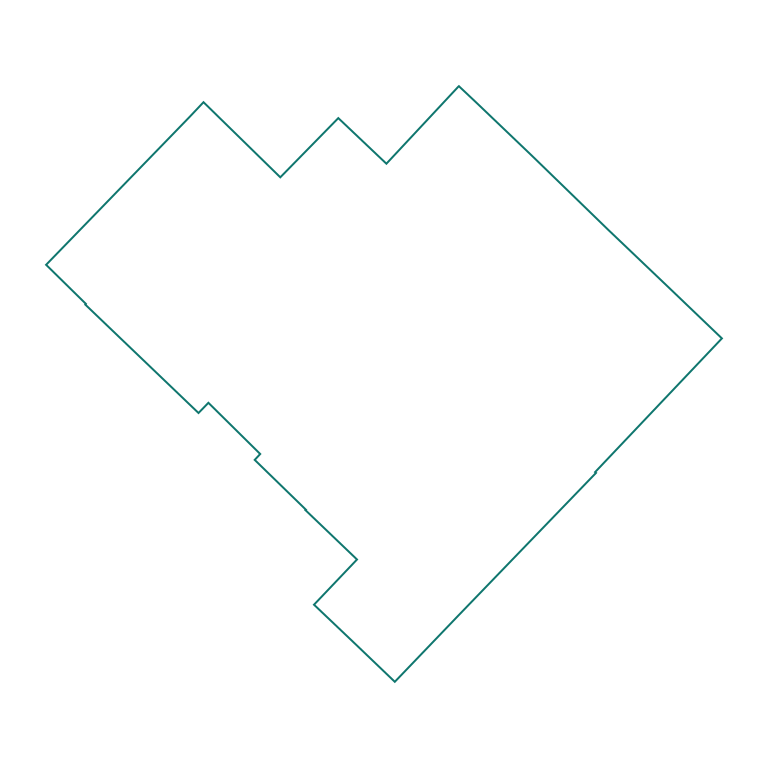 outline of 9 de Julio, Buenos Aires, Argentina
{"feature_id": "61730980B74686542739453", "entity_name": "9 de Julio", "entity_type": "district", "adm_level": 2, "iso_a3": "ARG", "parent_name": "Argentina", "parent_adm1": "Buenos Aires", "projection": "albers", "projection_center": [-61.024, -35.536], "detail": "fine", "context": "isolated", "style": "outline", "palette": "teal", "viewbox_px": 768, "rotation_deg": 0, "n_neighbors": 0, "source": "geoboundaries", "source_scale": "gbopen_adm2", "svg_char_len": 470}
<svg xmlns="http://www.w3.org/2000/svg" viewBox="0 0 768 768"><path d="M354.6,643.3L394.8,681.8L458.2,615.7L596.0,472.9L595.1,472.1L721.9,338.4L670.3,289.0L608.3,229.9L532.3,156.1L475.9,102.2L458.9,86.2L458.2,86.8L386.4,163.7L338.3,118.1L280.3,177.3L203.5,102.2L189.6,116.9L46.1,264.8L85.9,303.9L85.3,304.6L198.5,413.0L208.4,402.8L260.2,454.0L254.7,459.9L305.9,509.7L305.4,510.1L357.0,559.5L314.0,604.7L354.6,643.3Z" fill="none" stroke="#0f766e" stroke-width="2"/></svg>